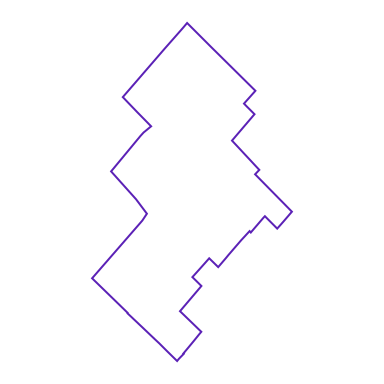 outline of General Guido, Buenos Aires, Argentina
{"feature_id": "61730980B41979026536133", "entity_name": "General Guido", "entity_type": "district", "adm_level": 2, "iso_a3": "ARG", "parent_name": "Argentina", "parent_adm1": "Buenos Aires", "projection": "equal_earth", "projection_center": [-57.976, -36.677], "detail": "fine", "context": "isolated", "style": "outline", "palette": "violet", "viewbox_px": 384, "rotation_deg": 0, "n_neighbors": 0, "source": "geoboundaries", "source_scale": "gbopen_adm2", "svg_char_len": 852}
<svg xmlns="http://www.w3.org/2000/svg" viewBox="0 0 384 384"><path d="M201.3,331.8L180.0,311.2L201.4,286.0L192.4,277.1L201.4,267.1L209.2,258.3L218.2,267.1L225.9,258.1L228.6,254.8L241.2,240.2L249.6,231.1L250.8,232.5L263.3,217.9L264.9,216.2L277.2,228.6L283.5,221.5L291.9,211.7L286.8,206.5L255.1,174.3L259.3,169.9L232.0,140.6L254.5,114.2L246.8,106.5L244.0,103.6L255.4,90.8L210.6,46.5L187.1,23.0L182.7,28.2L164.2,49.2L122.8,97.1L136.9,111.8L151.1,126.3L143.6,132.5L140.5,135.9L115.5,166.1L111.1,171.4L136.0,199.2L146.9,213.7L142.3,220.6L141.5,221.5L141.0,222.1L92.1,278.3L127.7,312.9L127.5,313.3L144.1,329.0L148.1,332.8L154.5,338.9L156.1,340.4L159.1,343.2L162.2,346.3L164.0,348.1L166.5,350.6L172.3,356.3L177.1,361.0L179.0,358.7L183.7,353.9L183.3,353.6L188.4,347.5L194.1,340.6L199.1,334.4L201.3,331.8Z" fill="none" stroke="#5b21b6" stroke-width="2"/></svg>